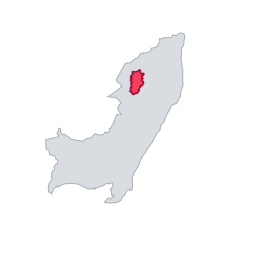 location of Manu, Madre de Dios, Peru, rotated 232°
{"feature_id": "86281439B65493313696262", "entity_name": "Manu", "entity_type": "district", "adm_level": 2, "iso_a3": "PER", "parent_name": "Peru", "parent_adm1": "Madre de Dios", "projection": "equal_earth", "projection_center": [-71.147, -12.293], "detail": "fine", "context": "in_parent", "style": "filled", "palette": "rose", "viewbox_px": 256, "rotation_deg": 232, "n_neighbors": 0, "source": "geoboundaries", "source_scale": "gbopen_adm2", "svg_char_len": 7355}
<svg xmlns="http://www.w3.org/2000/svg" viewBox="0 0 256 256"><g transform="rotate(232 128 128)"><path d="M170.1,73.2L170.1,73.9L169.4,74.3L168.7,73.8L167.8,73.9L166.4,72.3L163.2,72.5L161.7,74.5L159.5,74.9L157.1,75.8L154.5,76.2L150.2,79.4L149.3,80.7L147.4,82.5L145.8,83.2L145.0,88.9L143.5,92.2L142.9,94.1L143.7,96.8L143.7,98.2L142.9,99.3L142.2,99.4L140.7,100.6L138.6,103.1L138.2,105.1L138.9,107.6L138.7,107.9L136.9,108.4L136.9,109.8L136.6,110.4L138.1,112.4L138.9,112.9L139.0,113.5L138.8,114.0L138.5,114.2L138.4,114.7L139.5,116.2L140.3,119.2L141.9,120.7L141.9,121.7L142.4,122.7L143.2,123.4L145.1,126.5L145.2,127.9L143.2,131.1L146.5,131.1L150.1,132.2L150.6,132.7L151.0,134.2L151.1,135.2L151.8,135.9L151.7,137.7L156.5,137.8L159.5,137.3L164.5,131.9L165.3,131.4L164.9,132.6L164.8,133.5L165.1,134.4L164.5,135.7L164.4,148.9L165.3,148.2L166.5,149.5L167.3,149.5L170.1,148.0L173.2,148.3L180.6,165.5L179.9,166.7L179.9,167.6L179.0,168.3L178.1,169.7L178.1,176.5L177.3,178.6L177.7,179.7L178.1,181.8L178.8,183.1L179.0,184.0L178.9,184.3L177.9,185.0L177.8,186.3L176.0,188.7L175.6,190.3L174.9,190.9L174.8,192.7L176.5,195.7L175.4,197.5L174.4,200.2L176.0,205.8L176.7,206.6L177.4,206.6L178.5,207.0L179.1,207.9L177.8,208.9L177.5,209.4L177.6,211.2L176.2,212.6L174.2,216.1L173.7,216.3L172.7,217.3L172.5,217.9L172.7,218.4L173.5,219.4L173.6,220.7L172.2,222.3L171.2,222.4L170.8,222.9L171.2,225.0L171.2,226.0L170.9,227.1L170.2,228.4L168.1,229.7L166.2,229.9L162.9,226.7L161.9,225.4L158.7,222.6L158.2,219.8L157.1,218.4L155.1,217.3L153.6,215.8L152.4,215.2L149.5,211.9L146.8,210.9L141.8,207.5L139.2,206.4L135.7,203.2L133.9,202.3L132.4,200.8L127.8,197.7L127.1,196.7L126.4,195.1L125.4,194.2L124.3,192.0L122.6,190.8L121.0,189.1L119.0,184.6L118.0,183.6L117.9,181.5L117.3,180.6L118.2,179.9L118.8,176.7L118.5,175.1L116.2,170.9L115.7,169.1L114.0,165.8L113.4,163.8L112.0,162.4L111.5,161.1L110.7,160.6L110.7,159.1L110.1,156.2L109.4,154.7L106.7,152.0L106.4,149.1L105.8,147.0L102.0,138.7L99.8,130.7L98.0,126.2L97.2,123.6L97.1,122.3L95.7,119.9L95.0,117.7L91.9,113.5L90.2,108.9L89.9,107.5L88.7,104.9L86.7,101.6L85.8,100.3L79.9,96.1L77.2,93.6L76.8,92.3L77.0,91.6L77.6,90.9L78.4,91.4L78.9,91.2L79.3,90.3L79.3,88.9L78.8,87.1L76.9,83.7L77.4,82.1L75.4,78.1L75.9,74.2L76.3,73.2L79.1,69.2L79.9,67.5L81.1,66.5L82.3,64.9L83.8,63.7L84.2,64.1L84.7,66.2L84.6,67.6L85.0,69.2L84.0,70.6L82.9,70.3L82.5,70.7L82.3,71.3L82.5,72.4L82.8,72.9L83.6,72.9L82.5,75.0L82.6,75.4L83.4,75.8L84.1,75.2L84.9,74.1L85.4,73.9L88.2,75.9L89.6,75.7L90.6,76.6L90.7,78.1L92.1,81.0L94.3,81.7L94.6,81.4L95.1,80.4L95.6,80.2L95.7,78.6L97.5,76.9L97.8,75.7L97.5,74.9L97.5,74.2L98.6,70.4L99.0,70.0L99.3,68.8L99.7,68.1L100.3,63.8L100.8,63.8L101.3,64.8L101.9,64.6L101.6,63.6L101.6,63.3L103.7,59.9L104.3,59.1L114.2,54.4L119.1,49.6L123.4,42.9L124.7,36.0L125.2,36.5L126.1,36.3L125.8,33.6L126.0,32.3L125.9,31.9L124.6,30.2L124.0,28.4L122.9,27.4L122.9,27.0L124.2,27.4L125.3,27.2L126.3,26.1L127.0,26.2L128.6,27.8L129.8,27.9L130.2,29.0L131.3,29.8L133.0,32.2L133.7,34.7L133.7,35.2L134.4,36.6L136.0,37.2L137.6,39.1L139.3,39.7L140.0,41.4L140.5,41.9L140.7,42.9L140.4,44.1L140.7,44.7L141.9,45.7L143.0,45.7L143.2,46.2L143.8,49.0L143.4,50.5L143.5,51.2L144.9,51.9L145.3,52.5L146.4,52.7L147.9,52.1L149.9,52.9L151.3,52.6L152.0,52.4L152.7,51.8L153.3,51.8L154.8,50.0L155.2,49.8L156.8,50.6L158.2,51.9L159.9,51.6L160.5,50.9L161.8,50.4L163.9,52.0L164.4,52.7L165.0,52.8L167.4,54.3L167.8,54.9L169.0,55.5L169.3,56.0L169.2,56.5L163.7,68.1L165.4,69.1L167.0,68.5L167.8,69.3L168.4,71.1L169.7,72.4L170.1,73.2Z" fill="#d9dde1" stroke="#a8b0b8" stroke-width="1"/><path d="M151.2,152.7L151.2,153.1L151.0,153.3L150.8,153.6L150.8,154.0L150.7,154.3L150.8,154.4L150.7,154.5L150.6,155.1L150.7,155.4L150.5,155.6L150.4,155.7L150.3,155.9L150.2,155.8L150.1,156.0L149.9,156.3L149.8,156.5L149.7,156.7L149.7,157.0L150.0,157.3L150.2,157.5L150.0,157.8L150.0,158.0L150.5,158.3L150.4,158.7L150.4,159.0L150.4,159.6L150.9,159.7L150.9,159.9L151.1,160.0L151.0,160.5L151.3,160.6L151.8,160.6L152.5,160.9L152.5,161.3L152.5,161.5L152.4,161.8L152.5,162.1L152.4,162.6L152.5,162.7L152.8,162.8L153.0,162.9L153.0,163.1L153.4,163.5L153.6,163.5L153.5,163.8L153.5,164.1L153.4,164.4L153.2,164.4L153.1,164.5L152.8,164.6L152.8,164.8L152.7,164.8L152.7,165.2L152.6,165.5L152.8,165.6L153.0,165.8L153.2,166.0L153.2,166.3L153.4,166.4L153.4,166.7L153.5,166.8L153.6,167.2L153.5,167.3L153.4,167.5L153.5,167.6L153.9,167.7L153.9,167.9L154.1,168.1L154.8,168.2L154.9,168.4L155.2,168.4L155.2,168.7L155.3,168.8L155.5,168.7L155.8,168.3L155.8,168.1L156.0,168.0L156.2,167.8L156.5,167.7L156.9,167.8L157.0,168.1L157.3,168.3L157.4,168.6L157.6,168.9L157.7,169.1L157.8,169.1L157.7,169.3L157.8,169.3L157.8,169.5L158.0,169.6L158.0,169.9L158.2,169.7L158.4,169.9L158.5,169.8L158.5,169.7L158.9,170.3L159.0,170.3L159.2,170.5L159.6,170.7L159.9,170.6L160.0,170.7L160.2,170.8L160.0,171.0L160.0,171.6L160.1,171.8L160.1,172.2L160.1,172.4L160.3,172.5L160.3,173.0L160.4,173.5L160.5,173.6L161.2,174.0L161.4,174.0L161.4,173.7L161.6,173.5L161.5,173.3L161.7,172.9L161.8,172.9L162.0,172.8L162.0,172.6L162.1,172.3L162.4,172.2L162.3,171.8L162.6,171.9L162.8,171.8L163.0,171.8L163.1,172.0L163.5,172.2L163.9,172.2L164.1,172.2L164.3,172.0L164.5,172.0L164.9,172.2L165.2,172.7L165.9,172.8L166.0,172.9L166.5,173.1L166.5,172.9L166.4,172.7L166.5,172.5L166.3,172.6L166.4,172.4L166.6,171.5L166.7,171.2L166.8,170.4L166.8,170.1L166.9,169.7L167.0,169.5L167.3,169.3L167.4,169.0L167.6,168.6L167.7,168.1L168.1,167.9L168.4,167.5L168.5,167.4L168.6,167.2L169.1,167.0L169.2,166.8L169.4,166.7L169.3,166.4L169.1,166.3L169.1,166.2L168.9,166.0L169.0,165.9L168.9,165.9L168.9,165.6L168.7,165.5L168.4,165.3L168.1,165.3L168.2,165.2L167.9,165.1L167.7,164.9L167.7,164.7L167.6,164.4L167.7,164.2L167.7,163.9L167.6,163.7L167.5,163.8L167.5,163.7L167.4,163.6L167.5,163.4L167.4,163.3L167.4,163.2L167.2,162.8L167.2,162.7L167.0,162.4L166.9,162.5L166.9,162.1L166.7,162.1L166.7,161.9L166.5,161.7L166.5,161.8L166.5,161.6L166.3,161.6L166.2,161.6L166.0,161.4L165.9,161.5L165.9,161.3L165.8,161.2L165.7,161.3L165.7,161.1L165.4,161.2L165.3,161.3L165.3,161.2L165.2,161.0L165.1,160.8L165.0,160.7L164.9,160.8L164.9,160.7L164.7,160.5L164.7,160.3L164.6,160.5L164.6,160.3L164.4,160.4L164.5,160.3L164.4,160.2L164.5,160.2L164.4,160.1L164.3,159.9L164.2,159.9L164.1,160.0L164.1,159.9L164.0,160.0L164.0,159.9L163.9,159.9L163.7,159.8L163.4,159.9L163.2,159.8L163.2,159.7L163.1,159.8L163.0,159.7L162.9,159.6L162.7,159.5L162.6,159.4L162.4,159.3L162.4,159.2L162.2,159.0L161.9,159.0L161.7,159.1L161.6,158.9L161.4,158.8L161.4,158.7L161.3,158.8L161.3,158.7L161.3,158.4L161.2,158.4L161.2,158.5L161.1,158.4L161.1,158.2L160.9,157.8L161.0,157.8L160.9,157.7L161.0,157.7L160.9,157.6L160.8,157.4L160.6,157.3L160.4,157.2L160.2,157.1L160.1,157.3L159.9,157.3L159.6,157.0L159.4,156.7L159.2,156.5L158.9,156.4L158.9,156.2L158.7,156.1L158.7,155.8L158.4,155.6L158.3,155.2L158.1,155.3L158.2,155.1L158.1,154.7L158.0,154.4L157.8,154.4L157.7,154.5L157.4,154.3L157.1,154.2L156.9,154.2L156.7,154.0L156.6,153.6L156.4,153.7L156.1,153.6L156.0,153.3L156.1,153.2L156.0,152.7L155.8,153.0L155.7,152.8L155.5,152.6L155.4,152.6L155.2,152.6L155.0,152.3L154.9,152.4L154.7,152.3L154.5,152.6L154.4,152.9L154.0,152.7L153.7,153.1L153.4,153.1L153.2,152.9L153.1,153.0L153.0,152.9L152.9,153.1L152.7,153.1L152.4,153.0L152.3,152.9L152.4,152.6L151.9,152.4L151.7,152.5L151.6,152.8L151.5,152.6L151.2,152.7Z" fill="#f43f5e" stroke="#9f1239" stroke-width="1.5"/></g></svg>